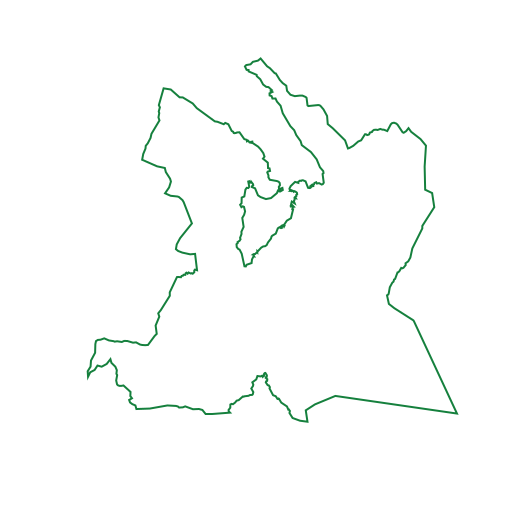 Salangen nor, Troms, Norway (orthographic projection), rotated 79°
{"feature_id": "86288312B52632964277123", "entity_name": "Salangen nor", "entity_type": "district", "adm_level": 2, "iso_a3": "NOR", "parent_name": "Norway", "parent_adm1": "Troms", "projection": "orthographic", "projection_center": [17.874, 68.875], "detail": "fine", "context": "isolated", "style": "outline", "palette": "green", "viewbox_px": 512, "rotation_deg": 79, "n_neighbors": 0, "source": "geoboundaries", "source_scale": "gbopen_adm2", "svg_char_len": 6108}
<svg xmlns="http://www.w3.org/2000/svg" viewBox="0 0 512 512"><g transform="rotate(79 256 256)"><path d="M63.0,213.8L64.6,216.8L64.8,222.0L66.8,224.8L66.7,229.1L67.8,230.7L71.5,229.7L72.0,227.8L73.4,228.0L78.3,220.8L79.7,220.9L83.3,218.1L89.0,216.3L91.9,213.7L92.6,211.5L96.2,208.8L96.8,210.0L98.1,208.7L98.9,211.7L101.0,212.0L102.0,210.2L104.6,209.8L105.1,206.8L108.4,206.0L113.2,203.2L121.0,202.5L135.1,197.5L139.8,194.5L145.0,193.4L151.8,190.3L155.9,189.9L164.5,182.2L172.7,178.0L181.1,176.3L185.5,173.8L187.5,173.9L188.2,175.0L197.0,175.5L198.2,176.7L198.4,177.9L196.5,180.2L196.5,182.4L195.1,182.8L195.5,184.7L196.8,185.4L196.8,186.6L198.3,186.5L198.3,187.5L196.9,187.6L197.8,189.3L198.6,188.4L199.5,189.6L199.5,190.7L199.0,191.9L192.2,193.1L190.6,195.5L190.5,196.5L190.9,197.4L190.4,198.4L191.2,200.3L192.3,200.5L190.7,203.5L194.0,208.6L196.2,210.3L198.4,210.2L198.7,209.6L197.8,209.7L197.9,209.1L198.5,208.2L198.8,209.1L199.2,207.3L200.2,206.7L199.7,205.9L200.4,204.9L201.6,203.8L203.2,203.8L203.8,204.9L204.8,204.9L205.5,206.3L207.0,205.8L206.5,207.1L208.2,207.4L209.3,208.4L211.7,208.0L209.4,210.5L212.0,211.7L212.6,211.1L213.4,212.4L214.0,212.4L214.0,210.1L214.9,209.5L214.9,210.6L217.0,211.4L217.3,210.7L225.6,214.5L227.2,219.0L230.8,222.5L231.5,222.1L232.5,222.9L231.2,223.4L232.1,224.5L231.1,224.7L231.8,226.1L233.3,225.4L233.4,226.1L232.3,227.7L233.0,229.3L237.8,232.3L239.2,236.2L239.8,237.0L241.8,238.0L245.0,241.7L247.3,243.4L248.1,245.1L248.0,247.2L248.8,249.3L251.9,253.6L251.6,253.8L252.6,254.0L251.9,254.4L253.0,254.3L252.9,254.9L253.9,256.5L253.7,258.0L253.9,258.4L254.1,257.7L254.9,258.3L256.1,257.9L255.9,258.5L258.6,260.6L262.1,261.7L262.8,266.9L264.3,268.0L263.9,269.3L251.0,269.6L246.6,270.9L245.7,272.1L243.6,273.2L240.7,272.9L239.7,271.4L238.8,271.4L237.9,269.2L236.6,268.0L235.2,268.2L231.6,266.0L229.4,265.7L225.1,262.6L216.0,262.2L213.3,259.8L210.1,258.2L205.5,258.4L204.7,259.5L205.3,261.0L202.7,261.8L201.4,260.1L195.9,258.9L195.3,256.1L188.8,253.7L187.3,252.1L187.8,250.6L186.8,249.4L181.4,249.4L181.3,248.3L182.9,247.7L183.0,246.8L182.3,246.5L184.9,245.2L186.0,245.2L186.7,246.6L187.5,246.9L189.4,244.0L196.8,242.5L199.0,240.3L202.0,235.4L202.0,230.2L198.3,223.5L195.8,221.9L196.3,220.7L197.1,220.7L197.3,219.9L196.3,217.1L194.2,217.1L194.5,218.8L195.4,219.5L195.7,220.7L192.5,220.4L191.1,219.0L188.8,218.8L187.4,219.6L186.4,221.2L183.8,227.9L181.1,228.8L179.2,228.4L176.1,229.0L175.4,228.4L175.2,226.0L172.6,226.0L172.0,227.4L166.6,226.6L161.8,230.6L160.1,228.7L156.4,229.2L152.0,231.2L149.0,233.1L144.3,237.9L143.0,237.8L143.0,239.0L143.9,239.2L143.3,240.7L141.4,241.6L141.7,243.0L140.2,242.9L139.0,245.2L131.4,248.6L131.1,251.0L131.4,252.3L131.3,253.9L131.0,254.4L129.7,254.7L128.6,256.0L121.4,258.0L119.5,260.8L120.5,262.5L116.9,268.2L116.0,270.7L99.6,285.9L94.2,289.0L86.3,297.7L85.7,300.7L76.3,307.9L73.8,314.7L89.4,322.6L91.7,322.0L95.6,323.9L97.3,323.7L101.3,325.3L104.5,324.9L116.1,335.3L120.0,337.0L124.8,340.8L126.8,343.2L129.5,344.0L134.3,347.2L139.8,349.4L149.1,336.0L152.2,328.7L156.4,328.5L163.7,325.6L166.7,325.3L172.1,328.2L177.1,333.3L180.6,328.3L182.6,321.8L183.3,320.5L187.1,317.5L189.4,316.7L211.8,312.7L224.0,327.1L229.5,331.6L234.0,333.3L236.2,331.5L238.6,327.7L241.8,320.3L242.3,315.4L258.7,316.6L257.7,318.5L258.5,319.4L260.2,319.7L261.3,321.5L260.6,322.3L260.8,323.3L259.3,325.4L260.3,326.5L259.1,327.5L259.6,328.4L261.0,329.0L260.6,330.7L261.3,331.2L261.4,332.8L262.5,333.7L261.7,336.5L261.6,337.6L275.2,347.6L278.6,348.2L290.9,359.7L293.6,362.9L297.1,362.5L305.1,367.8L313.5,368.3L315.1,370.7L322.7,379.0L322.4,381.8L321.6,384.8L320.8,386.7L317.9,390.2L317.6,393.3L314.9,398.5L314.2,401.6L314.8,404.1L313.2,408.6L313.1,411.1L312.5,411.9L310.8,416.5L307.9,420.7L308.5,424.6L308.2,427.3L309.0,429.3L311.8,430.5L320.3,432.4L327.1,437.9L333.0,439.5L337.0,443.2L342.5,443.9L338.5,440.9L337.1,436.2L333.3,432.5L335.2,428.6L333.5,423.2L329.5,418.6L333.3,418.3L337.8,415.2L341.5,414.4L345.0,415.5L346.4,415.0L351.5,417.0L355.4,416.9L356.4,416.4L357.4,414.9L357.8,412.8L357.8,410.8L365.5,405.1L369.5,406.1L372.0,404.9L373.1,408.0L375.7,407.6L377.8,405.7L379.7,402.9L383.4,402.6L385.5,389.3L385.8,371.5L387.9,363.2L388.8,361.4L390.1,360.4L390.6,356.7L390.1,354.2L394.4,347.1L395.3,341.2L396.9,338.0L401.5,335.6L402.7,329.5L404.8,311.4L403.3,312.4L401.9,312.3L400.0,310.2L396.9,309.5L396.5,308.2L397.1,306.9L395.9,304.5L394.3,302.6L394.2,300.5L391.4,295.7L391.8,294.9L391.5,294.3L391.8,290.0L391.3,288.4L391.6,286.3L391.2,285.6L389.1,284.6L385.2,285.9L383.1,283.8L381.8,283.2L379.3,283.7L377.2,279.3L374.1,277.5L375.1,274.4L374.7,273.0L375.8,272.5L375.2,272.0L375.5,271.7L375.3,271.1L373.3,270.6L372.6,269.8L372.6,269.1L375.2,268.1L377.0,269.4L377.1,268.8L378.0,269.3L379.1,268.4L380.7,268.9L381.0,270.0L381.9,270.5L385.0,269.2L385.5,268.1L387.4,267.4L388.6,268.0L395.9,265.8L397.4,263.4L400.4,262.2L400.6,261.7L400.2,261.1L400.5,260.7L404.7,259.2L409.6,254.3L412.9,253.6L412.8,253.1L414.6,252.3L416.5,253.1L422.0,251.0L426.1,244.2L428.5,237.1L417.0,236.6L412.9,226.4L408.5,204.8L449.0,88.8L350.2,113.4L349.2,113.8L333.6,130.2L328.4,134.7L319.6,134.9L319.0,133.4L317.7,132.7L312.2,130.6L308.2,127.3L307.4,125.9L305.5,125.0L305.0,123.8L299.1,120.2L299.1,119.4L298.2,118.1L295.4,115.7L296.0,114.9L295.7,113.5L293.5,110.8L291.7,110.6L290.3,107.6L287.0,104.8L278.4,101.1L260.7,87.5L258.2,87.0L242.1,71.7L227.8,71.1L223.2,77.3L200.4,73.4L180.1,68.1L172.6,72.2L163.7,80.0L159.6,81.9L162.1,84.8L163.2,87.5L162.5,88.5L154.1,92.0L152.7,93.1L151.5,95.1L151.5,97.0L152.4,98.5L158.4,103.3L156.4,106.4L156.1,107.8L155.0,109.8L155.5,112.6L154.9,114.1L154.7,116.1L155.5,117.8L156.4,118.5L156.6,120.7L158.2,121.7L158.5,123.1L158.5,123.8L157.5,124.8L157.3,125.8L162.5,130.7L163.1,133.8L166.4,139.5L167.8,143.7L168.0,145.2L159.5,146.5L145.2,156.3L140.2,160.4L132.1,159.5L124.9,161.8L121.2,163.9L120.2,164.8L119.7,166.1L118.8,176.0L118.0,176.7L110.4,176.2L109.4,176.9L107.4,179.8L106.9,182.4L106.5,187.4L104.3,191.4L99.8,194.0L94.6,193.8L91.4,196.8L87.8,199.0L80.6,201.7L80.1,202.8L74.3,206.5L71.9,208.9L63.0,213.8Z" fill="none" stroke="#15803d" stroke-width="2"/></g></svg>